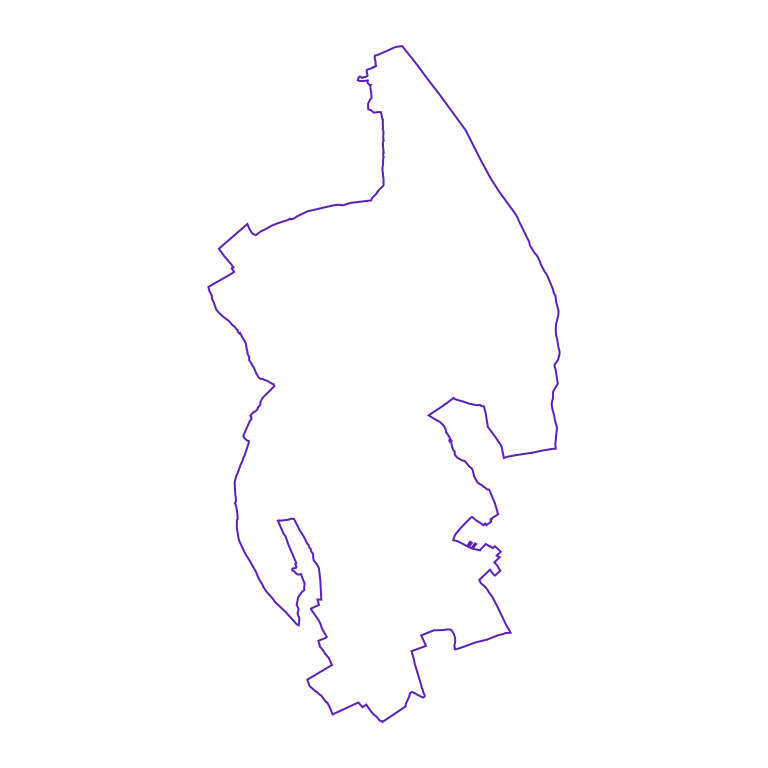 outline of Dolhesti, Iasi, Romania
{"feature_id": "2599482B27646337618827", "entity_name": "Dolhesti", "entity_type": "district", "adm_level": 2, "iso_a3": "ROU", "parent_name": "Romania", "parent_adm1": "Iasi", "projection": "albers", "projection_center": [27.913, 46.869], "detail": "fine", "context": "isolated", "style": "outline", "palette": "violet", "viewbox_px": 768, "rotation_deg": 0, "n_neighbors": 0, "source": "geoboundaries", "source_scale": "gbopen_adm2", "svg_char_len": 6079}
<svg xmlns="http://www.w3.org/2000/svg" viewBox="0 0 768 768"><path d="M402.2,46.1L396.6,46.8L394.3,47.5L380.4,53.8L377.0,55.2L375.0,55.5L374.6,57.7L375.7,62.4L375.5,64.0L376.1,66.0L375.2,66.2L374.5,67.0L373.9,67.0L373.6,67.4L372.9,67.3L372.7,67.7L366.7,70.0L366.9,73.1L367.6,75.2L367.3,76.1L365.2,77.0L364.2,77.0L362.2,77.8L361.7,77.8L360.7,76.7L359.4,76.7L358.6,77.4L358.5,78.5L358.0,79.1L357.8,80.2L358.6,80.8L362.9,81.1L367.9,80.4L368.0,80.7L367.3,81.3L367.8,83.2L369.4,84.9L370.5,85.0L370.1,85.5L370.5,86.8L370.4,87.8L371.2,92.7L371.6,97.9L370.1,99.5L368.1,103.6L368.2,108.9L368.4,109.4L370.4,109.9L373.9,112.6L378.9,112.0L381.0,112.2L382.1,117.9L382.6,118.8L382.5,119.4L383.0,120.0L382.6,121.5L383.0,122.7L382.7,123.1L383.0,126.8L382.8,129.0L383.5,131.7L383.2,137.2L383.5,138.7L383.2,139.6L383.7,140.6L382.9,142.2L382.9,143.6L383.1,144.3L382.8,145.2L383.1,146.3L383.0,147.4L383.4,149.7L383.3,152.0L383.7,152.1L383.8,152.8L383.2,153.2L383.3,156.5L383.7,156.8L383.2,158.6L382.9,165.6L382.4,168.2L382.6,168.7L382.4,169.2L382.5,170.9L383.0,173.8L382.9,174.9L383.5,178.6L383.6,182.5L383.4,183.4L383.7,184.3L383.3,185.7L379.0,189.9L378.3,190.6L378.2,191.3L377.4,191.7L376.8,193.2L371.9,198.4L371.2,200.4L350.7,202.9L343.0,205.3L337.7,204.7L332.2,205.6L307.6,211.3L297.2,216.3L294.2,218.4L291.0,219.4L290.5,219.4L289.9,218.7L287.8,220.0L277.0,223.5L271.4,225.8L265.1,229.4L260.7,231.4L255.9,235.1L253.5,234.2L252.0,233.1L249.3,228.7L247.4,224.0L218.9,248.7L224.2,256.1L231.3,264.3L233.4,267.4L232.2,267.7L231.8,268.6L234.2,271.8L230.6,274.2L208.4,286.9L209.4,291.0L211.7,295.3L212.3,299.6L213.7,302.2L216.2,309.4L218.5,312.3L223.0,316.6L229.0,321.0L232.4,325.1L234.5,326.5L236.3,329.1L237.6,330.0L237.7,331.3L238.3,332.4L239.0,333.1L240.0,332.8L240.2,334.2L241.1,334.4L241.9,336.8L244.5,340.7L245.9,343.8L246.8,349.5L247.4,351.2L247.5,353.7L249.2,357.0L249.2,360.2L251.8,364.1L252.6,366.1L253.5,366.8L256.4,373.7L258.8,377.6L260.6,378.9L262.1,378.9L268.4,381.4L271.9,383.7L273.6,384.1L274.2,386.3L262.3,398.2L260.4,402.2L260.3,404.8L257.9,407.5L257.3,409.6L254.7,411.8L253.1,412.4L250.4,415.8L251.5,417.2L251.0,418.0L251.4,419.4L250.0,420.7L243.5,435.3L243.5,437.0L246.9,440.5L248.7,440.9L248.8,442.7L244.6,455.4L243.5,457.5L242.2,461.8L240.7,464.4L238.3,471.4L236.2,476.1L234.6,482.5L235.3,494.6L236.1,500.8L234.9,503.4L235.7,504.8L236.3,506.8L237.3,513.7L237.7,518.4L237.6,519.0L236.9,519.9L236.8,527.3L238.4,537.5L239.2,540.8L244.9,553.0L250.3,561.8L256.0,571.9L258.3,577.6L260.0,580.8L262.0,583.8L263.6,587.3L266.1,591.2L272.8,598.7L275.0,601.9L286.0,612.4L296.1,623.6L297.5,624.8L298.7,625.3L299.3,621.3L299.2,617.7L297.5,613.5L298.6,609.8L298.2,607.9L296.6,604.9L298.2,597.1L302.0,591.9L304.3,590.1L304.1,587.6L304.7,583.7L300.9,574.1L298.5,574.5L297.1,574.3L293.8,571.0L292.2,570.4L292.2,569.7L292.5,568.8L293.0,568.3L293.9,568.4L296.2,567.7L296.5,567.0L295.3,564.1L296.3,563.1L288.4,544.7L285.5,536.2L283.5,533.5L277.8,520.7L278.8,520.3L280.0,520.7L287.0,519.9L289.5,519.4L290.9,518.7L294.0,518.9L299.7,530.3L303.7,536.4L307.3,543.8L308.3,544.4L309.6,547.8L310.7,548.8L311.1,551.3L313.1,553.9L313.2,558.1L314.1,561.1L316.1,563.1L318.9,568.1L320.3,580.2L321.3,599.7L317.5,599.5L319.0,604.9L310.9,608.6L311.0,609.3L318.5,620.1L320.3,623.4L321.8,628.1L326.7,636.9L326.1,637.7L318.5,640.7L318.6,641.9L319.6,644.6L319.5,645.4L320.2,647.0L321.9,648.8L325.9,654.7L328.8,657.9L332.0,665.0L307.3,679.6L309.6,686.1L315.6,691.4L317.1,692.1L318.4,693.6L321.4,695.8L326.4,702.5L327.3,702.5L330.6,709.2L332.6,714.4L358.3,702.5L362.6,707.2L366.3,704.6L370.1,710.3L373.3,714.1L376.7,716.9L379.7,720.6L382.1,721.2L382.5,721.9L405.7,706.4L405.7,704.2L409.3,696.3L409.9,693.5L410.9,692.4L412.5,692.0L422.2,697.3L423.4,697.4L424.6,696.4L424.7,695.2L423.4,692.6L422.7,689.5L421.8,688.0L421.5,686.1L414.5,662.9L414.1,659.9L411.5,651.2L426.0,645.9L421.2,635.4L434.0,630.3L442.6,630.1L447.5,629.4L450.8,629.6L452.0,630.9L454.0,634.2L454.8,636.8L455.3,641.0L454.3,646.1L454.9,648.0L454.8,649.3L455.1,649.4L458.2,648.7L476.3,642.2L486.9,639.7L499.3,634.8L503.6,634.0L505.1,633.1L510.6,632.7L508.8,629.3L507.1,626.9L497.8,607.5L492.1,596.4L488.7,592.1L488.3,591.0L485.8,587.5L480.6,582.8L479.3,579.9L490.0,569.7L493.3,574.2L494.9,575.6L500.3,570.9L497.1,565.3L494.3,562.4L499.6,557.2L496.7,555.6L500.8,551.7L495.0,546.3L492.8,548.1L489.8,546.0L489.4,546.4L485.8,544.0L481.7,548.2L480.1,550.3L473.1,548.8L474.6,545.9L476.2,544.1L475.2,543.4L473.6,545.1L471.6,548.3L468.9,547.0L471.9,542.9L470.1,541.7L467.2,546.2L457.6,541.2L453.2,540.1L455.0,535.2L456.3,533.2L461.1,527.5L471.2,517.3L472.3,517.0L476.1,520.4L479.8,522.5L483.4,525.3L485.1,523.6L486.1,524.4L486.4,525.2L491.1,521.7L491.2,521.3L490.5,520.1L491.6,519.3L491.2,518.7L498.1,514.3L494.9,503.2L489.3,490.0L488.5,489.4L487.0,489.4L485.1,487.6L483.4,486.8L481.8,485.1L479.2,483.8L477.2,482.0L474.2,476.6L472.7,470.3L471.7,468.3L469.1,466.4L465.0,461.2L462.0,460.3L457.3,457.7L455.4,455.5L454.8,454.3L454.7,451.6L453.0,449.6L452.0,446.5L451.6,444.0L451.0,442.1L451.4,441.3L449.7,441.6L449.3,440.4L449.4,439.9L450.6,439.3L447.2,433.6L446.0,432.2L446.1,430.8L443.9,425.8L439.8,421.9L434.3,418.9L428.7,415.3L442.8,406.0L444.9,404.2L446.8,403.2L453.6,397.9L455.4,399.4L463.7,401.7L469.1,403.7L476.7,405.2L480.1,404.9L481.3,406.0L484.0,406.5L485.8,413.9L487.9,427.0L495.1,436.6L501.0,445.5L501.7,447.2L503.9,458.0L507.5,456.7L518.7,454.7L533.7,452.5L542.1,450.6L552.3,448.9L555.8,448.7L555.3,444.3L557.0,427.5L554.7,419.4L554.2,415.4L552.7,410.6L551.6,404.0L553.1,397.3L553.0,393.8L553.2,391.4L557.8,383.7L555.9,371.3L555.3,368.3L554.5,366.5L554.5,364.9L558.2,359.4L559.6,353.7L559.4,350.5L558.6,347.9L557.6,342.6L557.4,339.7L556.2,335.7L555.8,330.9L555.8,328.2L556.2,323.7L558.3,315.3L558.5,310.6L557.1,305.1L556.1,302.1L555.6,296.4L553.8,292.8L552.6,288.3L546.9,274.8L544.3,271.1L540.6,263.8L540.1,262.1L537.8,257.1L536.4,254.9L534.5,252.9L530.1,245.7L529.0,241.5L518.9,221.0L517.4,217.4L515.2,213.6L499.2,191.7L490.9,178.7L481.6,161.7L465.7,130.3L438.6,93.2L429.6,81.7L416.3,63.8L402.2,46.1Z" fill="none" stroke="#5b21b6" stroke-width="2"/></svg>